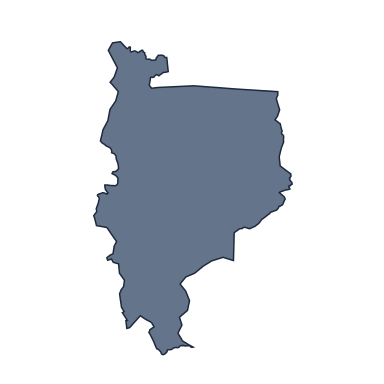 Eloxochitlán de Flores Magón, Oaxaca, Mexico, rotated 173°
{"feature_id": "50627088B32131961110957", "entity_name": "Eloxochitlán de Flores Magón", "entity_type": "district", "adm_level": 2, "iso_a3": "MEX", "parent_name": "Mexico", "parent_adm1": "Oaxaca", "projection": "orthographic", "projection_center": [-96.869, 18.197], "detail": "fine", "context": "isolated", "style": "filled", "palette": "slate", "viewbox_px": 384, "rotation_deg": 173, "n_neighbors": 0, "source": "geoboundaries", "source_scale": "gbopen_adm2", "svg_char_len": 4471}
<svg xmlns="http://www.w3.org/2000/svg" viewBox="0 0 384 384"><g transform="rotate(173 192 192)"><path d="M276.7,253.9L275.1,251.5L272.7,249.7L272.1,248.6L270.2,247.4L268.2,246.1L267.1,244.5L266.7,242.9L266.7,241.7L267.0,240.8L264.4,239.4L263.5,237.9L263.0,236.8L263.2,234.1L262.1,229.5L261.9,227.6L262.1,224.0L264.1,222.3L265.8,221.7L268.0,221.7L269.1,220.0L265.8,217.8L263.8,215.0L264.6,209.8L265.5,208.3L267.4,207.6L269.7,208.0L272.1,208.4L274.8,209.2L277.6,209.6L277.8,208.9L277.8,207.4L277.6,204.8L276.9,203.8L276.5,202.8L275.5,201.3L276.5,200.3L279.6,201.9L280.9,202.2L282.4,201.7L283.4,201.6L284.4,201.4L285.3,201.1L286.1,200.7L286.3,199.9L285.6,198.9L285.1,197.8L284.8,197.1L284.9,196.4L285.7,194.5L286.0,193.6L286.3,192.5L287.9,189.5L289.1,187.0L288.9,184.9L289.4,183.4L290.5,182.6L291.7,181.2L292.4,180.5L291.8,177.5L291.6,176.1L290.9,170.3L285.1,168.5L281.4,167.3L280.8,167.1L279.8,165.2L278.0,161.7L276.8,159.4L274.5,155.0L272.9,152.1L275.9,147.6L277.9,140.4L281.2,139.2L284.5,137.2L284.1,134.6L280.1,135.2L278.7,131.8L273.6,129.6L273.9,120.2L269.8,112.6L271.4,106.5L274.2,103.6L276.3,99.8L276.2,93.8L276.0,86.0L273.9,81.6L275.8,80.7L271.8,72.4L273.3,72.4L273.3,64.5L270.4,65.0L258.4,75.5L253.5,71.2L249.3,68.4L248.0,67.2L246.8,64.4L246.1,62.7L250.5,60.5L251.9,57.7L251.0,56.1L248.4,48.7L246.6,42.1L245.9,40.5L245.3,40.5L244.4,39.6L243.9,39.1L243.3,38.3L242.4,36.8L242.2,36.2L242.1,35.3L241.6,34.5L240.7,34.1L239.7,34.2L238.8,34.5L238.1,35.0L237.8,35.2L237.4,35.4L236.7,36.1L236.2,36.5L236.0,37.8L235.5,38.3L233.3,38.2L231.4,38.2L229.6,39.3L228.2,39.6L226.7,39.6L225.4,39.2L224.1,39.4L222.8,40.5L221.1,41.0L219.9,40.4L219.3,40.8L217.7,40.0L215.4,39.9L213.2,39.8L212.8,39.3L212.2,38.4L210.8,37.8L209.8,37.9L214.4,41.2L219.5,45.3L222.6,52.3L223.1,53.5L223.0,53.8L218.2,61.2L219.6,68.6L219.7,69.2L212.8,73.8L210.9,75.0L209.3,79.8L207.7,84.4L210.3,94.3L214.5,101.2L215.0,102.1L212.7,104.4L208.5,108.4L199.0,111.2L190.0,117.0L180.9,121.2L169.2,123.4L159.2,118.9L158.8,121.5L155.1,146.5L149.1,149.7L146.5,149.6L145.5,150.5L143.7,150.5L139.3,148.5L133.4,150.4L129.5,152.7L126.2,156.2L122.4,158.3L120.0,159.8L119.9,159.9L119.3,160.2L118.3,160.7L117.2,161.4L116.8,162.2L116.6,162.3L114.5,162.7L112.4,163.3L110.9,163.5L110.0,163.9L108.3,165.5L107.5,166.8L107.3,167.3L106.4,167.1L105.6,167.5L104.5,168.0L103.7,168.2L102.8,169.8L102.1,170.9L101.3,172.4L100.4,173.5L100.9,175.7L102.1,177.2L104.1,179.3L104.7,180.0L105.3,180.3L105.5,180.8L104.9,181.1L104.0,181.4L102.8,181.7L101.7,181.9L100.3,182.3L100.0,182.4L99.0,182.6L97.2,182.6L95.8,182.7L94.4,183.1L95.2,185.0L95.3,186.0L94.8,186.3L94.2,186.1L93.7,186.2L93.4,186.4L93.0,187.1L92.1,187.4L91.6,187.6L91.7,189.1L92.2,190.1L92.7,190.9L93.4,191.6L93.7,192.3L93.1,193.1L93.5,194.1L92.8,194.6L92.3,195.0L91.8,195.7L91.7,196.7L92.1,197.6L91.8,198.0L92.1,198.3L95.0,201.0L100.7,206.5L101.3,207.0L101.2,215.8L101.1,216.5L99.5,220.8L98.3,224.0L97.9,224.8L97.1,226.5L96.4,227.7L95.6,229.3L95.0,230.2L95.0,230.5L94.8,233.0L94.7,233.7L94.7,233.9L94.3,235.1L94.3,236.5L94.8,237.6L95.1,238.0L95.8,238.6L96.0,240.1L95.1,241.3L95.7,244.6L96.0,247.4L96.0,247.7L96.2,249.2L97.9,250.5L98.0,250.8L100.8,253.5L97.8,257.0L95.0,262.9L96.9,273.5L96.6,275.3L95.1,277.6L94.6,281.1L138.1,289.3L154.7,292.7L159.0,293.5L177.3,297.2L213.2,299.9L215.2,299.9L219.5,299.9L219.7,300.3L221.4,303.1L219.8,308.5L219.5,309.4L219.2,310.7L218.4,310.9L217.4,310.6L216.5,310.5L215.6,310.8L214.8,311.8L214.6,311.9L214.0,312.2L213.2,312.9L212.7,312.7L212.4,312.5L211.7,312.3L211.0,311.4L210.6,311.4L209.4,312.2L208.1,312.9L206.9,313.6L206.5,313.8L205.8,314.1L203.3,314.1L200.9,314.4L200.9,315.7L200.7,326.4L200.7,328.6L201.9,328.6L202.7,329.2L203.0,330.2L204.1,331.1L205.9,331.6L207.5,331.6L208.8,331.8L210.2,330.3L211.3,329.2L211.5,328.0L212.0,327.4L212.9,327.6L214.0,327.5L216.0,327.6L217.7,329.0L219.1,329.1L220.3,329.3L221.0,329.5L221.6,330.1L221.6,330.5L221.1,332.3L222.1,334.1L222.1,334.8L222.0,336.1L223.2,336.8L223.6,338.5L224.3,338.9L225.9,338.1L226.8,337.9L227.3,337.3L227.9,337.0L228.7,336.9L229.4,337.7L231.4,339.0L232.5,339.0L234.7,338.5L235.4,338.5L235.9,338.9L236.0,339.4L236.0,340.2L235.9,340.9L235.5,342.9L235.7,343.4L236.1,343.6L236.7,343.6L238.2,342.3L239.1,342.2L240.6,344.2L243.9,348.7L244.8,349.9L250.2,349.8L252.7,349.7L257.8,342.8L254.6,334.2L250.9,324.3L255.3,315.4L259.9,310.9L258.0,308.4L252.9,300.6L256.6,291.7L263.3,284.0L266.8,273.1L272.7,264.7L274.1,260.7L276.7,253.9Z" fill="#64748b" stroke="#1e293b" stroke-width="1.5"/></g></svg>